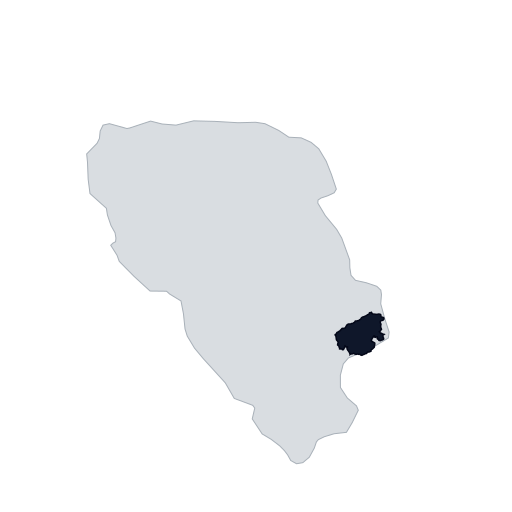 Bumdeling, Tashi Yangtse, Bhutan (highlighted), rotated 54°
{"feature_id": "84629894B8904358941352", "entity_name": "Bumdeling", "entity_type": "district", "adm_level": 2, "iso_a3": "BTN", "parent_name": "Bhutan", "parent_adm1": "Tashi Yangtse", "projection": "natural_earth1", "projection_center": [91.504, 27.79], "detail": "fine", "context": "in_parent", "style": "filled", "palette": "ink", "viewbox_px": 512, "rotation_deg": 54, "n_neighbors": 0, "source": "geoboundaries", "source_scale": "gbopen_adm2", "svg_char_len": 6844}
<svg xmlns="http://www.w3.org/2000/svg" viewBox="0 0 512 512"><g transform="rotate(54 256 256)"><path d="M398.9,220.2L398.2,223.4L394.9,231.9L392.8,241.2L394.6,248.8L402.0,257.8L412.0,265.0L424.6,265.6L436.3,262.8L440.9,263.9L447.3,276.0L451.8,286.5L445.7,297.3L442.4,306.8L441.2,313.5L441.9,316.4L445.7,321.8L450.1,331.1L450.7,339.6L447.9,345.3L441.9,348.1L435.5,347.3L430.2,347.4L423.6,348.4L413.2,351.5L403.6,355.6L385.6,354.8L378.3,346.4L374.9,346.4L358.5,357.3L340.6,355.4L308.0,359.0L294.4,359.9L280.4,358.7L273.3,356.3L260.2,348.7L248.3,343.1L236.1,348.2L231.9,349.1L222.1,362.3L201.0,366.6L180.0,369.8L173.8,368.0L161.9,367.2L161.5,364.2L161.9,361.2L159.2,358.8L154.4,356.4L146.1,355.4L135.5,352.1L129.5,349.0L107.9,353.6L95.3,346.7L81.1,337.2L73.9,333.0L71.4,318.3L68.9,313.6L63.3,308.6L60.2,302.8L62.8,296.8L77.0,285.5L78.2,282.9L84.9,262.0L94.0,254.4L103.1,243.8L110.0,227.0L123.2,209.8L137.7,192.1L147.6,177.7L154.2,171.0L167.8,163.8L179.2,159.6L187.0,150.0L196.5,144.6L206.2,142.2L220.6,143.5L234.2,147.0L249.1,151.7L250.8,155.6L249.5,162.4L247.3,169.4L247.2,172.9L249.5,174.9L264.1,176.2L281.9,175.1L291.9,176.1L314.2,182.5L320.7,187.0L327.5,190.5L334.2,189.8L342.6,182.4L351.5,176.1L357.0,175.1L361.0,177.2L368.0,183.2L382.7,188.8L395.8,193.0L400.1,197.1L398.6,214.4L398.9,220.2Z" fill="#d9dde1" stroke="#a8b0b8" stroke-width="1"/><path d="M380.8,189.0L379.8,189.7L379.3,190.3L379.1,190.4L378.9,190.5L378.7,190.5L378.3,190.4L377.9,190.2L377.5,189.9L377.1,189.7L376.6,189.6L376.4,189.7L376.0,189.9L375.1,190.8L374.4,192.3L373.8,193.1L373.4,193.6L373.0,193.9L372.7,194.3L372.1,195.0L371.8,195.4L371.5,195.6L371.1,195.9L370.9,196.0L370.7,195.9L370.4,195.8L369.5,195.7L369.5,196.0L369.4,196.2L369.2,196.4L369.1,196.6L368.9,196.9L368.8,197.1L368.7,197.4L368.7,197.7L368.8,197.9L369.1,198.1L369.3,198.4L369.4,198.6L369.4,198.9L369.3,199.2L369.2,199.8L369.1,200.2L369.1,201.7L369.0,202.4L369.0,202.7L368.8,203.0L368.7,203.8L368.6,204.1L368.5,204.5L368.4,204.7L368.2,205.2L368.1,205.5L368.0,205.8L368.0,206.1L368.0,206.3L368.0,206.5L368.0,206.8L368.0,207.0L368.1,207.3L368.2,207.5L368.5,208.1L368.6,208.6L368.6,208.9L368.5,209.8L368.6,210.3L368.6,210.5L368.6,210.8L368.5,211.0L368.4,211.1L368.3,211.3L368.3,211.6L368.0,212.0L367.9,212.2L367.9,212.5L367.8,212.8L367.2,213.5L367.0,214.0L367.3,214.6L367.6,215.4L367.6,215.6L367.4,216.1L367.5,216.4L367.5,216.7L367.5,216.9L367.5,217.1L367.4,217.4L367.3,217.5L367.2,217.7L366.9,218.1L366.8,218.4L366.7,218.9L366.6,219.4L366.5,219.7L366.3,219.9L365.6,220.8L365.5,221.0L365.4,221.2L365.2,221.6L365.3,222.0L365.4,222.6L365.2,223.3L365.6,223.8L365.9,224.5L366.1,225.0L366.4,225.5L366.5,226.1L366.4,227.1L366.0,227.7L365.4,228.5L365.2,228.9L365.3,229.5L365.5,229.9L365.5,230.5L365.7,231.2L365.7,231.7L365.9,232.2L365.9,232.6L365.8,233.0L365.7,233.3L365.8,234.0L365.5,235.1L365.5,235.6L366.0,236.3L366.2,237.0L366.2,237.4L366.1,238.0L366.3,238.4L366.7,238.4L367.0,238.4L367.7,238.5L367.9,238.5L368.1,238.6L368.4,238.7L368.8,238.9L368.9,239.0L369.3,239.3L369.6,239.4L370.0,239.6L370.5,239.9L370.7,240.0L370.9,240.1L371.2,240.2L371.5,240.2L371.9,240.1L372.3,240.1L373.0,240.1L373.5,240.0L374.0,240.1L374.4,240.3L374.5,240.6L374.5,240.8L375.3,241.7L375.8,242.2L376.0,242.3L376.2,242.2L376.4,242.1L376.6,242.1L377.0,242.0L377.4,242.0L377.8,242.0L378.5,242.1L378.8,242.4L379.0,242.5L379.4,242.6L379.9,242.4L380.1,242.5L380.3,242.7L380.4,242.9L380.6,242.8L380.8,242.4L381.1,241.8L381.3,241.5L381.6,241.4L381.8,241.3L382.1,241.2L382.3,241.2L382.5,241.2L382.9,240.9L383.0,240.6L382.8,240.5L382.7,240.2L382.9,240.0L382.9,239.7L382.7,239.3L382.4,239.0L382.3,238.7L382.1,238.2L381.7,237.8L381.5,237.3L381.3,237.1L381.1,237.0L381.0,236.9L380.9,236.7L381.1,236.6L381.7,236.7L382.2,236.7L382.4,236.6L382.6,236.5L382.8,236.3L382.9,236.1L383.0,235.9L383.3,235.6L383.5,235.5L383.6,235.9L383.7,236.2L384.0,236.5L384.4,236.7L384.9,236.9L385.0,237.0L385.3,237.0L385.8,237.0L386.0,237.1L386.3,237.1L386.6,237.1L386.9,237.0L387.1,237.0L387.4,237.1L388.5,237.1L389.2,237.2L389.4,237.2L389.8,237.4L390.7,237.5L390.9,237.7L390.9,237.2L391.0,236.8L391.2,236.7L391.4,236.1L391.7,235.7L391.8,235.5L391.9,235.2L392.0,234.7L392.1,234.1L392.4,234.0L392.6,233.9L393.1,233.8L393.3,233.7L393.5,233.6L393.8,233.3L394.3,232.9L394.5,232.7L394.7,232.2L394.8,231.7L394.9,231.4L395.3,231.1L395.5,231.1L395.8,230.9L395.8,230.7L396.0,230.2L396.5,229.8L396.8,229.8L397.1,229.6L397.3,229.6L398.0,229.3L398.4,228.8L398.6,228.7L398.7,228.1L398.7,227.8L398.8,227.3L398.9,227.0L399.1,226.5L399.1,225.9L399.2,225.6L399.2,225.4L399.4,224.8L399.5,224.6L399.6,224.4L399.7,224.2L399.8,223.9L399.8,223.7L399.7,223.4L399.6,223.2L399.4,222.8L399.3,222.3L399.3,222.0L399.5,221.7L399.8,221.4L400.1,221.2L400.1,220.8L400.2,220.6L400.3,220.0L400.5,219.6L400.6,219.1L400.6,218.9L400.3,218.7L400.1,218.6L399.9,218.3L399.7,218.0L399.6,217.5L399.6,217.3L399.6,216.9L399.7,216.6L399.6,216.1L399.6,215.7L399.5,215.4L399.4,215.2L399.4,214.9L399.3,214.5L399.4,214.3L399.3,214.0L399.1,213.7L398.8,213.6L398.3,212.9L398.2,212.8L398.1,212.7L397.5,212.2L397.3,212.0L397.2,211.7L396.4,211.2L396.1,211.1L395.6,211.3L395.3,211.4L395.0,211.6L394.7,211.9L394.4,211.9L393.7,212.0L393.4,212.5L393.1,212.6L392.8,212.6L392.5,212.6L392.3,212.5L391.9,212.0L391.6,211.6L391.0,210.5L390.9,210.3L390.8,210.1L390.7,209.6L390.6,209.1L390.5,208.9L390.4,208.8L390.4,208.6L390.2,208.4L390.0,208.1L390.0,207.7L389.9,207.4L390.0,207.3L390.2,207.1L390.5,207.1L391.1,207.1L391.2,207.3L391.3,207.4L391.5,207.6L391.8,207.5L392.0,207.2L392.0,206.9L392.1,206.7L392.3,206.0L392.5,205.6L392.8,205.6L393.2,205.6L393.7,206.0L393.8,206.1L394.0,206.4L394.1,206.5L394.3,206.5L394.6,206.5L394.8,206.2L395.0,206.1L395.3,205.7L395.5,205.6L395.8,205.8L396.2,206.0L396.5,206.2L396.8,206.0L397.0,205.7L397.3,205.5L397.5,205.3L397.7,205.0L397.7,204.7L397.7,204.3L397.8,204.1L397.8,203.9L398.1,203.4L398.2,203.1L398.3,201.8L398.3,201.7L398.2,201.5L397.9,201.3L397.6,201.2L397.3,201.0L396.6,201.1L396.2,200.8L396.0,200.7L395.9,200.6L395.1,200.3L394.6,199.7L394.6,199.3L394.7,198.9L394.7,198.4L394.4,198.6L394.2,199.0L393.8,199.3L393.6,199.4L393.4,199.5L392.7,199.7L392.3,199.8L392.1,200.4L391.8,200.6L391.6,200.7L391.3,200.7L390.8,200.6L390.5,200.6L390.2,200.7L389.8,200.8L389.8,200.7L389.8,200.3L389.8,199.9L389.7,199.3L389.6,199.2L389.4,198.8L389.2,198.5L389.2,198.1L389.2,197.7L388.7,197.5L388.4,197.3L388.1,197.2L387.7,197.2L387.3,197.1L387.1,197.1L386.7,196.9L386.3,196.5L385.9,196.3L385.5,196.1L385.4,195.9L385.3,195.6L385.1,195.5L385.0,195.3L384.8,195.1L383.9,194.8L383.7,194.7L383.3,194.8L383.0,194.7L382.9,194.6L382.7,194.5L382.5,194.3L382.1,194.1L381.9,193.8L381.9,193.3L381.9,192.9L382.0,192.6L382.1,192.4L382.5,191.3L382.6,191.1L382.6,190.9L382.5,190.7L382.4,190.5L382.3,190.0L382.3,189.8L382.0,189.4L381.3,189.1L381.0,189.1L380.8,189.0Z" fill="#0f172a" stroke="#020617" stroke-width="1.5"/></g></svg>